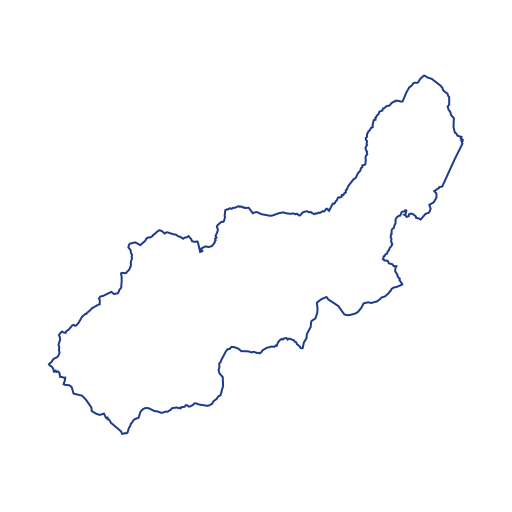 outline of Chiojdu, Buzau, Romania, rotated 86°
{"feature_id": "2599482B83963244368666", "entity_name": "Chiojdu", "entity_type": "district", "adm_level": 2, "iso_a3": "ROU", "parent_name": "Romania", "parent_adm1": "Buzau", "projection": "natural_earth1", "projection_center": [26.168, 45.421], "detail": "fine", "context": "isolated", "style": "outline", "palette": "blue", "viewbox_px": 512, "rotation_deg": 86, "n_neighbors": 0, "source": "geoboundaries", "source_scale": "gbopen_adm2", "svg_char_len": 6096}
<svg xmlns="http://www.w3.org/2000/svg" viewBox="0 0 512 512"><g transform="rotate(86 256 256)"><path d="M423.2,396.5L418.5,394.7L417.3,393.6L414.6,392.5L413.2,390.9L411.8,390.2L410.2,388.1L409.2,384.4L403.3,382.1L401.1,379.8L400.0,377.2L400.0,375.4L400.6,373.2L403.5,368.3L404.3,364.8L405.5,362.4L405.9,360.6L405.0,357.2L405.1,355.0L403.6,352.0L401.9,350.2L401.6,345.4L402.5,343.5L402.0,342.1L402.6,341.7L401.5,340.5L401.5,338.0L399.8,336.2L400.1,335.2L401.6,333.4L401.4,332.0L400.4,329.6L398.8,327.8L398.7,326.4L400.2,323.1L402.1,314.8L401.5,312.3L400.3,310.1L397.8,308.4L395.8,305.2L393.6,303.6L392.4,301.1L383.3,297.9L374.5,297.6L370.6,300.6L367.4,301.3L364.3,300.3L360.8,300.2L359.1,298.5L357.7,298.1L348.9,292.6L346.9,290.6L347.0,288.9L345.0,286.9L345.4,283.9L347.4,279.8L349.9,277.3L350.5,270.7L351.9,266.8L351.4,265.6L351.5,264.7L352.8,261.8L352.7,260.5L353.4,259.0L352.2,257.3L350.6,256.1L348.2,251.4L347.9,248.5L347.4,247.5L347.8,243.8L346.6,242.4L347.0,241.6L343.4,239.9L341.1,237.4L340.6,236.1L341.2,235.0L340.2,234.1L340.0,231.3L341.6,230.3L340.7,228.5L342.7,224.2L344.1,223.4L344.9,221.9L346.8,221.3L349.1,218.8L351.0,217.8L351.2,215.9L345.7,214.3L341.4,211.3L338.2,210.9L336.5,210.1L330.6,206.4L325.7,205.6L324.7,205.1L322.5,201.2L317.4,199.0L313.5,198.3L306.7,198.5L303.7,193.9L301.8,188.6L304.4,186.9L311.6,177.4L320.4,172.0L321.4,169.0L321.4,166.3L320.2,160.6L318.8,158.1L315.0,154.5L310.7,151.9L310.0,147.3L310.9,144.4L309.8,138.7L308.0,135.7L306.2,133.7L305.3,130.1L301.9,125.7L300.7,125.1L299.8,123.8L298.4,123.2L297.2,121.2L296.5,117.2L294.7,112.2L294.3,112.0L290.0,114.6L288.7,114.1L286.8,115.9L284.0,116.5L281.1,118.2L277.5,117.7L276.0,116.7L275.6,119.4L273.7,120.6L272.6,124.0L270.0,124.9L269.4,128.1L267.9,129.6L267.2,129.0L265.3,128.8L264.9,127.6L263.3,126.6L262.7,125.0L260.9,124.4L259.2,122.8L257.5,122.2L255.2,119.9L254.0,119.7L253.5,119.2L251.2,120.2L248.4,119.7L246.8,120.3L243.9,119.9L243.3,119.0L241.9,119.2L239.4,118.7L238.3,117.9L237.7,116.6L235.2,115.8L232.8,114.4L230.7,114.5L228.9,114.0L227.1,112.7L226.0,111.0L225.8,109.4L222.2,107.5L221.7,104.7L220.7,103.7L221.1,102.9L222.3,103.1L224.6,103.9L225.2,105.2L225.7,104.2L227.5,103.1L226.9,100.9L225.0,100.4L224.5,98.0L225.4,96.2L227.7,93.8L229.2,93.6L229.8,91.2L231.1,89.2L225.8,84.0L224.9,80.8L224.0,79.8L221.0,78.5L217.0,79.5L214.9,75.0L210.3,71.9L206.1,71.7L203.7,73.7L200.8,68.6L200.1,68.4L199.7,65.4L173.1,50.9L158.3,42.2L156.4,42.8L155.7,41.9L154.8,43.1L154.2,42.0L152.9,43.5L151.6,42.7L150.0,46.7L147.9,47.5L147.0,48.8L146.0,49.2L141.0,50.0L132.2,49.0L129.3,51.4L125.6,52.2L123.8,53.6L120.3,54.4L118.4,52.7L110.9,52.2L109.7,53.1L107.4,53.7L104.7,56.9L103.2,57.9L101.3,58.3L98.7,60.3L91.5,68.4L90.0,72.3L87.9,75.2L87.9,76.2L91.0,80.0L94.1,82.2L94.5,83.2L94.2,85.8L94.5,86.8L97.3,89.3L98.4,91.3L103.2,94.5L111.7,98.8L112.3,100.0L111.0,103.7L110.9,105.1L111.2,105.7L110.9,106.2L111.5,106.7L111.7,108.0L113.2,110.5L115.1,112.1L115.7,115.4L117.6,118.0L117.8,119.1L119.7,119.8L120.6,122.8L122.9,123.8L124.7,126.0L126.2,126.4L126.5,127.4L128.4,127.3L128.7,129.1L133.2,130.5L135.7,130.6L136.0,132.1L138.7,133.9L139.5,135.1L142.4,136.8L144.9,137.0L145.9,138.2L147.6,138.3L149.1,137.2L152.0,137.9L152.9,137.5L155.8,139.3L158.6,138.7L159.6,137.9L160.7,138.3L162.3,137.9L163.8,139.4L165.7,140.0L167.5,139.7L172.1,140.5L172.5,140.9L173.1,143.7L174.8,143.8L175.7,145.2L178.0,145.9L180.7,148.7L184.5,150.7L185.6,151.9L186.0,153.1L192.5,159.0L196.2,160.9L196.8,161.9L199.0,162.0L199.4,163.4L201.3,164.6L201.2,166.2L202.7,166.4L203.6,168.3L203.2,169.6L204.0,170.5L206.0,171.4L207.3,172.9L208.4,173.4L209.3,174.5L209.1,175.8L216.0,179.9L214.6,181.3L213.9,181.4L213.7,182.0L214.1,182.9L216.3,184.8L216.0,186.3L217.5,189.4L217.1,190.4L218.0,192.6L217.6,193.7L218.3,194.9L216.9,197.4L215.9,198.3L216.1,200.2L214.9,202.0L215.3,205.0L216.0,206.6L218.6,209.2L218.4,210.6L217.0,211.7L216.7,212.4L217.1,214.0L216.2,215.3L216.3,218.7L215.6,222.5L214.4,225.8L214.8,229.7L216.8,237.0L216.9,239.0L214.6,247.9L212.2,252.0L212.5,255.0L213.2,256.2L207.4,259.9L207.3,264.3L206.4,264.8L206.4,266.5L205.5,267.5L205.8,268.8L205.1,269.8L206.5,274.1L206.3,275.4L207.3,277.0L206.5,278.6L207.6,280.7L207.4,281.4L208.1,283.4L213.8,284.5L215.1,284.2L219.0,285.6L219.6,286.2L219.5,287.8L219.9,288.7L222.6,292.2L223.8,293.0L227.0,292.2L229.7,293.0L232.8,294.8L233.6,294.9L234.8,294.1L235.9,295.6L237.4,295.1L238.5,296.1L239.7,296.3L243.0,299.2L243.8,302.6L242.9,305.8L244.6,309.9L245.1,310.1L247.4,309.2L248.1,311.4L237.8,313.1L237.3,313.8L237.7,315.6L236.9,318.7L234.5,319.6L231.4,322.0L232.6,323.8L232.7,325.9L233.7,327.4L231.6,330.2L230.9,332.3L229.1,334.4L228.7,336.5L226.2,342.8L226.2,343.8L227.2,345.6L224.6,348.1L223.5,350.6L225.1,353.3L227.6,356.3L227.8,357.1L229.1,358.1L230.1,360.2L230.0,362.6L230.7,363.2L231.0,364.3L233.0,365.3L237.1,370.7L234.0,375.5L234.8,380.7L236.0,382.0L238.6,382.7L241.1,380.8L244.5,380.4L246.3,379.6L247.8,380.1L249.4,379.8L253.5,381.3L257.0,381.5L260.8,383.5L263.9,386.9L264.1,388.0L263.5,389.9L263.7,391.6L264.5,391.9L266.6,391.5L271.3,391.7L278.2,392.7L280.3,394.7L282.8,395.8L283.6,396.6L284.0,400.4L281.7,402.8L285.1,411.2L285.6,414.2L287.6,415.6L289.2,414.9L293.3,415.3L293.5,416.6L296.8,423.4L298.7,425.4L301.6,429.4L301.9,429.4L301.9,430.2L304.4,433.7L310.3,437.7L312.8,440.2L312.9,441.5L312.0,442.6L312.3,444.0L316.3,447.9L318.0,450.7L319.3,451.2L318.9,453.3L317.8,454.7L318.8,456.1L321.1,458.1L323.5,457.3L325.8,457.2L330.7,459.2L333.4,458.6L336.3,459.2L338.4,458.7L339.5,459.0L342.2,460.5L343.2,461.8L344.6,465.2L347.5,467.5L349.5,470.1L350.6,469.6L352.5,467.1L354.8,466.0L357.3,465.7L357.4,465.1L356.4,463.8L357.5,463.4L357.8,462.8L357.3,461.6L359.0,460.2L362.9,459.9L363.0,458.6L364.0,456.0L364.0,454.8L366.6,455.3L370.4,456.9L371.2,455.5L371.9,451.4L372.8,450.1L374.4,448.9L380.5,447.6L383.3,439.1L387.4,435.7L395.7,430.8L399.2,430.7L402.3,426.3L403.4,423.6L403.6,422.7L402.6,418.7L407.0,416.9L406.7,415.5L406.9,415.2L408.5,415.4L409.2,413.8L412.3,412.3L421.0,403.4L421.9,402.7L424.1,402.0L424.0,400.2L423.5,399.4L423.9,397.5L423.2,396.5Z" fill="none" stroke="#1e3a8a" stroke-width="2"/></g></svg>